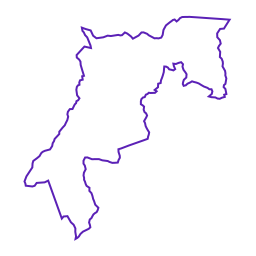 Taquara, Rio Grande do Sul, Brazil, rotated 178°
{"feature_id": "56859067B74945803904377", "entity_name": "Taquara", "entity_type": "district", "adm_level": 2, "iso_a3": "BRA", "parent_name": "Brazil", "parent_adm1": "Rio Grande do Sul", "projection": "robinson", "projection_center": [-50.778, -29.634], "detail": "fine", "context": "isolated", "style": "outline", "palette": "violet", "viewbox_px": 256, "rotation_deg": 178, "n_neighbors": 0, "source": "geoboundaries", "source_scale": "gbopen_adm2", "svg_char_len": 3334}
<svg xmlns="http://www.w3.org/2000/svg" viewBox="0 0 256 256"><g transform="rotate(178 128 128)"><path d="M29.3,163.6L31.0,165.6L30.6,167.5L29.1,168.7L28.0,174.1L28.9,177.2L28.7,179.2L29.0,181.7L31.4,186.3L30.9,189.0L31.0,191.1L32.0,194.0L33.7,195.7L33.2,200.9L35.3,204.8L34.2,206.9L32.4,209.1L33.1,212.6L35.6,215.6L35.6,219.4L32.5,223.8L28.6,224.0L27.5,225.7L22.7,232.7L29.7,233.5L46.0,235.2L55.5,236.2L62.5,236.9L67.8,237.0L70.0,237.0L72.2,236.0L73.7,234.3L75.7,232.8L77.6,234.8L79.3,234.4L80.8,233.3L82.6,232.1L86.5,229.2L89.1,224.8L89.7,221.9L90.1,219.8L91.6,217.2L94.3,216.5L96.5,216.8L98.4,216.7L104.1,220.0L105.5,221.4L109.1,223.0L111.2,223.0L114.2,220.0L120.0,217.1L121.8,219.4L125.4,222.4L127.8,223.6L130.7,221.0L132.4,220.8L134.5,221.4L141.9,220.5L145.1,221.0L149.5,219.5L156.4,218.8L159.6,221.4L161.9,226.8L166.9,228.4L170.6,229.9L170.1,226.6L168.8,225.1L167.7,222.4L165.6,220.0L162.6,211.8L162.2,209.2L168.7,210.9L176.8,202.7L176.7,200.2L174.4,198.1L173.2,196.0L173.1,192.7L171.6,186.9L170.8,184.0L170.2,181.7L172.0,181.3L171.6,177.9L174.3,177.3L175.1,175.2L175.0,172.9L176.6,172.3L177.7,170.8L178.3,168.0L177.7,162.4L175.5,159.4L176.8,157.5L178.6,156.6L179.0,154.7L180.4,153.4L181.4,151.6L182.8,148.9L185.5,148.9L187.5,146.3L188.1,143.8L187.4,141.4L188.4,138.0L189.9,135.3L191.1,132.9L193.3,130.7L196.8,126.7L196.9,124.4L199.4,121.9L201.7,119.6L202.4,117.5L203.8,115.4L204.4,112.6L206.7,109.3L211.9,108.1L214.2,107.1L215.6,105.9L217.4,103.0L220.0,101.0L223.8,98.4L224.6,96.0L225.0,91.9L226.8,89.4L231.2,83.2L233.3,78.2L232.5,76.1L232.2,73.9L225.6,72.9L223.3,73.5L221.2,76.3L213.2,76.6L209.6,78.2L197.3,39.8L195.5,41.8L191.6,42.0L188.3,35.7L185.7,33.2L184.1,29.5L184.3,26.0L183.7,21.5L184.3,19.0L182.4,20.0L180.9,21.3L179.2,23.8L176.6,26.0L170.8,28.6L169.1,30.1L169.4,32.3L170.2,34.9L169.4,37.9L167.7,39.2L166.7,41.0L165.6,42.8L164.1,44.0L162.3,45.0L161.2,46.9L160.4,49.3L163.4,52.5L164.5,56.3L165.3,58.3L165.9,61.3L166.8,64.2L168.8,66.5L168.6,69.6L171.4,71.6L172.2,73.4L172.9,76.0L173.7,77.8L173.6,79.7L174.1,82.1L173.6,84.9L171.7,88.3L172.5,92.0L173.7,93.9L173.6,96.9L171.9,100.0L169.6,100.0L165.2,98.1L158.1,97.9L154.8,96.6L149.4,95.7L147.6,94.7L144.9,93.7L142.6,93.7L139.4,93.8L138.5,96.4L137.2,98.5L137.2,100.5L138.3,104.4L138.3,107.1L135.6,107.8L127.7,110.5L119.4,113.1L113.0,115.1L110.5,115.9L108.7,116.5L108.2,118.8L107.5,120.6L107.0,122.9L108.5,125.5L109.4,127.3L110.3,129.3L110.8,132.3L111.7,134.3L110.7,135.9L109.5,137.8L108.5,139.8L109.4,142.0L110.9,143.3L111.7,145.7L111.2,148.8L112.5,150.1L114.3,151.3L114.2,154.3L113.6,156.4L111.9,158.0L110.2,158.3L109.0,160.7L107.3,161.3L106.0,162.5L104.3,162.2L102.5,162.2L99.8,162.2L98.1,163.7L100.0,165.1L96.6,167.7L96.3,171.2L93.8,171.8L93.4,174.4L92.2,177.1L91.3,179.5L90.3,182.6L89.9,186.0L89.6,188.2L87.7,188.0L86.0,187.0L84.8,185.2L82.4,184.6L80.6,184.0L78.8,185.2L80.0,188.3L80.4,190.7L77.9,190.3L75.2,191.3L72.6,191.9L70.8,189.8L71.4,187.4L70.5,184.2L68.6,181.5L67.6,179.7L68.0,176.4L70.5,174.2L71.3,172.0L71.7,170.1L70.9,168.2L68.7,168.7L67.0,170.2L64.1,171.4L62.4,172.4L60.5,171.7L58.0,171.0L55.8,170.1L53.4,168.5L50.7,166.8L49.0,166.1L47.1,165.3L45.4,163.9L43.2,163.8L42.4,161.7L43.1,159.1L46.1,156.7L43.6,155.9L39.6,155.5L37.5,154.3L35.3,154.0L33.0,155.0L30.2,155.7L30.7,157.9L28.5,158.5L29.3,163.6Z" fill="none" stroke="#5b21b6" stroke-width="2"/></g></svg>